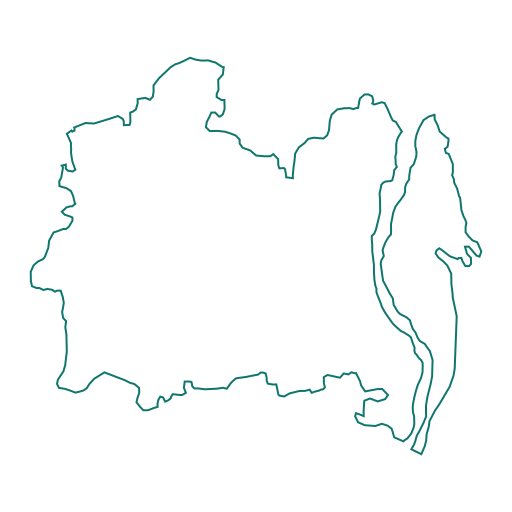 Markz Bani Mazar, Al Minya, Egypt (Natural Earth projection)
{"feature_id": "37247803B20583905741630", "entity_name": "Markz Bani Mazar", "entity_type": "district", "adm_level": 2, "iso_a3": "EGY", "parent_name": "Egypt", "parent_adm1": "Al Minya", "projection": "natural_earth1", "projection_center": [30.776, 28.515], "detail": "fine", "context": "isolated", "style": "outline", "palette": "teal", "viewbox_px": 512, "rotation_deg": 0, "n_neighbors": 0, "source": "geoboundaries", "source_scale": "gbopen_adm2", "svg_char_len": 5999}
<svg xmlns="http://www.w3.org/2000/svg" viewBox="0 0 512 512"><path d="M401.9,131.6L395.9,122.0L392.7,120.4L390.7,116.4L387.7,109.3L384.7,103.2L381.9,102.2L374.3,104.5L372.3,103.5L373.3,101.4L373.2,100.4L372.2,96.3L368.3,94.4L364.5,94.5L361.9,96.8L359.8,98.7L358.1,107.9L356.2,108.0L353.4,109.1L349.5,108.1L343.8,108.3L337.2,109.5L331.6,114.7L329.8,120.9L329.0,130.2L327.2,135.3L323.5,138.5L313.9,137.7L308.2,138.9L304.5,143.1L298.9,147.3L295.2,153.5L294.4,161.7L293.6,166.9L292.8,175.1L292.9,178.2L286.2,177.3L286.1,175.3L285.0,169.1L284.1,168.1L279.3,168.3L278.3,165.2L278.1,159.1L273.3,154.1L270.4,156.2L264.7,156.3L256.1,155.5L250.3,150.5L242.6,147.7L239.7,143.6L239.6,139.5L235.7,135.5L230.9,133.6L225.1,131.7L217.4,130.9L209.8,131.1L205.9,127.1L206.8,121.9L209.5,116.7L211.3,112.6L215.1,112.5L219.0,116.5L220.0,116.5L222.8,114.4L224.6,109.2L224.4,100.0L221.6,100.1L216.7,97.1L216.7,94.0L218.5,89.9L218.2,79.7L222.9,74.4L223.7,67.2L222.8,67.2L219.8,65.4L216.0,62.9L215.0,62.3L211.2,61.4L208.3,60.4L201.6,60.6L195.9,59.7L190.1,57.8L183.5,61.1L178.8,63.2L175.0,64.4L170.3,67.5L159.1,78.1L153.5,85.4L153.6,91.5L152.8,96.7L150.0,99.8L145.2,97.9L137.6,99.1L137.7,103.2L135.9,109.4L133.1,111.5L130.2,112.6L130.4,121.8L129.6,124.9L128.0,125.0L123.9,125.2L123.7,121.0L122.7,118.9L117.9,116.0L109.8,118.7L104.6,120.3L94.1,123.5L87.8,123.2L85.6,123.0L74.2,127.5L74.6,128.3L74.4,130.7L72.3,131.6L71.4,130.5L66.9,133.8L71.0,143.0L70.9,146.6L71.2,148.7L71.0,152.2L71.6,156.9L72.4,161.6L75.3,169.7L72.6,171.5L67.6,170.6L65.8,168.5L65.8,164.6L61.8,165.6L63.0,167.5L61.2,177.8L59.3,181.0L59.4,186.1L66.5,188.2L71.0,191.1L73.1,195.9L74.5,201.8L74.8,203.2L75.3,203.8L72.2,206.3L70.3,206.3L66.5,207.4L61.8,211.7L64.7,214.7L70.5,216.6L72.4,217.5L72.5,220.6L68.8,226.8L66.0,229.0L63.2,229.0L57.5,231.2L53.7,232.4L51.9,235.5L49.1,240.7L48.3,247.9L44.7,257.2L42.8,259.3L38.1,261.4L34.4,264.6L33.4,265.7L30.7,271.9L30.9,281.1L32.0,286.2L36.8,288.1L39.3,288.0L43.5,290.0L47.3,288.9L52.1,289.8L55.0,291.7L56.9,290.7L60.7,290.6L62.7,296.7L63.8,302.8L63.0,307.9L62.1,312.0L63.2,318.1L66.1,321.1L65.3,327.3L66.4,334.4L66.8,351.8L66.0,358.0L65.2,365.2L63.4,371.4L57.9,379.7L57.0,383.9L59.0,387.9L64.8,388.8L70.5,390.7L75.3,392.6L80.1,391.5L83.9,390.3L86.7,388.2L89.4,384.0L94.1,378.8L104.4,372.4L124.6,380.1L130.4,383.0L134.2,383.9L139.1,387.9L139.2,393.0L137.4,398.2L136.5,402.3L140.5,407.3L143.4,410.3L148.2,410.2L153.8,408.0L157.6,406.9L157.5,403.8L158.4,399.7L160.3,396.6L163.1,397.5L165.1,401.6L168.0,400.5L170.8,398.3L170.8,397.3L172.6,394.2L180.2,395.0L182.1,395.0L185.9,392.8L183.9,387.8L184.7,381.6L189.5,381.5L191.5,382.0L192.4,386.5L194.4,388.5L198.2,388.4L198.9,388.5L204.9,389.3L210.5,389.0L216.6,388.7L223.0,387.8L226.8,388.7L230.5,383.5L231.1,382.9L232.4,381.4L236.1,378.3L245.6,377.0L258.0,374.6L260.8,372.5L262.7,372.5L265.6,373.4L266.6,377.5L266.7,380.6L267.7,383.6L272.5,384.5L276.3,384.4L278.4,394.6L279.4,395.6L284.2,396.5L289.8,393.3L293.7,392.4L299.3,391.0L305.0,390.9L309.7,389.7L311.7,392.8L314.6,391.7L319.3,390.5L321.2,389.5L323.1,389.4L324.9,387.3L323.9,383.2L323.8,377.1L327.5,375.0L340.0,377.7L343.7,373.5L348.5,374.4L351.3,372.3L355.1,373.3L356.1,373.2L360.1,381.3L361.1,385.4L365.1,391.4L377.4,389.1L382.2,389.0L388.0,395.0L385.2,399.1L377.7,401.4L370.0,398.5L364.3,400.7L363.6,410.9L363.7,416.1L358.9,414.1L356.0,413.2L355.1,416.3L358.1,422.3L364.8,425.2L375.3,426.0L381.9,423.8L387.7,425.7L391.6,428.7L392.6,431.7L394.2,437.3L403.5,441.4L404.4,440.3L407.3,438.5L411.2,433.6L413.5,428.1L414.3,424.1L414.1,416.3L413.0,412.3L412.7,408.3L412.9,404.6L414.1,398.3L415.9,390.9L417.9,384.6L421.0,378.2L422.5,372.5L422.7,366.5L422.6,362.8L421.2,360.2L419.0,358.2L416.9,355.1L414.9,352.9L414.4,350.6L414.6,347.7L412.6,342.6L410.9,337.3L409.0,335.6L404.2,332.6L400.7,330.9L396.0,326.7L392.8,323.6L388.4,317.4L385.1,312.6L381.8,306.7L380.7,303.2L378.1,296.7L376.5,292.5L376.4,288.5L375.3,285.6L374.4,279.6L374.0,273.0L373.9,264.7L372.3,251.6L372.2,244.2L371.8,239.9L371.8,235.9L374.1,233.8L375.9,229.8L379.4,215.4L380.2,211.4L380.0,199.1L379.6,193.4L380.8,187.9L381.3,184.8L383.2,182.7L385.5,181.5L388.8,181.2L390.6,181.1L392.2,180.2L392.7,178.5L393.7,174.8L394.2,170.2L396.8,167.0L395.7,163.9L395.6,160.1L395.3,156.7L396.3,152.7L396.2,144.7L396.9,140.4L398.2,137.2L400.5,133.4L401.9,131.6ZM411.4,449.3L421.3,454.2L424.8,446.1L426.2,440.4L426.6,434.3L428.8,426.6L429.5,421.1L434.7,411.1L439.4,404.1L449.7,386.7L453.6,375.3L454.7,368.7L456.7,316.3L452.7,297.2L452.6,294.1L451.4,283.9L451.2,273.6L447.3,265.5L443.4,261.5L438.5,257.6L435.6,253.5L436.5,250.4L439.3,248.3L442.2,250.3L449.9,256.3L457.6,259.1L458.5,258.1L461.4,258.0L462.4,261.1L465.4,266.1L469.2,266.0L471.1,263.9L470.9,257.8L467.0,253.8L465.0,246.7L468.8,246.6L476.6,255.6L479.5,256.6L481.3,251.4L477.3,242.3L472.5,240.4L468.6,236.4L465.6,232.3L465.6,226.7L466.4,223.1L465.4,220.0L463.4,216.0L461.4,209.9L460.1,197.6L459.2,196.6L457.1,188.5L454.1,182.4L454.0,179.4L452.1,175.3L452.9,172.2L452.8,164.0L448.7,153.9L445.9,152.9L444.8,148.9L447.6,146.7L448.5,140.6L448.4,138.5L446.5,137.5L439.7,131.6L437.7,125.5L434.7,119.4L434.5,114.8L428.9,116.5L423.4,120.2L422.7,121.6L420.6,125.4L419.3,127.7L418.0,130.9L416.5,134.9L415.3,141.0L415.3,146.1L416.5,151.9L416.3,156.2L415.6,158.7L413.8,164.2L410.6,167.7L409.9,171.5L409.2,176.1L409.2,179.5L407.9,181.2L406.1,184.1L405.1,187.3L405.1,191.6L404.1,194.8L400.7,199.7L397.9,203.2L395.5,206.6L393.2,212.7L392.2,218.2L391.0,223.9L391.1,231.4L390.9,234.5L388.3,237.4L385.4,242.4L383.4,247.5L382.6,250.4L383.8,256.1L381.4,260.2L380.7,263.7L382.2,274.8L383.1,280.8L386.2,286.5L389.2,292.5L392.8,298.4L393.7,305.0L397.6,311.5L400.0,314.0L406.5,317.3L410.0,320.4L410.9,323.8L412.8,328.9L415.6,332.7L417.5,337.5L419.7,340.9L424.9,344.0L426.5,346.5L429.8,351.0L432.6,360.1L432.4,366.1L432.1,376.5L430.6,384.2L427.6,396.0L426.6,401.8L426.0,405.8L426.0,410.7L426.1,416.5L423.5,422.9L418.9,432.1L416.8,435.6L415.3,441.1L414.0,444.8L412.2,447.7L411.4,449.3Z" fill="none" stroke="#0f766e" stroke-width="2"/></svg>